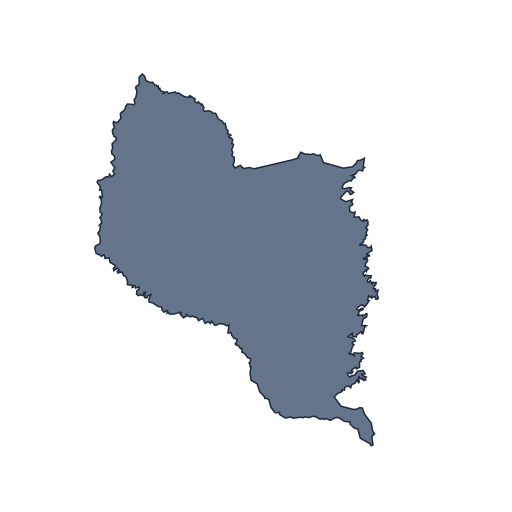 the district of Ponte Alta do Tocantins, Tocantins, Brazil, rotated 25°
{"feature_id": "56859067B20194373931843", "entity_name": "Ponte Alta do Tocantins", "entity_type": "district", "adm_level": 2, "iso_a3": "BRA", "parent_name": "Brazil", "parent_adm1": "Tocantins", "projection": "orthographic", "projection_center": [-47.257, -10.753], "detail": "fine", "context": "isolated", "style": "filled", "palette": "slate", "viewbox_px": 512, "rotation_deg": 25, "n_neighbors": 0, "source": "geoboundaries", "source_scale": "gbopen_adm2", "svg_char_len": 6104}
<svg xmlns="http://www.w3.org/2000/svg" viewBox="0 0 512 512"><g transform="rotate(25 256 256)"><path d="M440.5,379.3L441.9,377.7L437.3,370.8L438.6,366.9L436.1,365.8L431.1,358.8L420.9,353.3L416.7,348.8L413.8,349.8L412.3,352.0L409.2,353.9L396.5,356.2L386.5,350.7L388.0,346.1L391.3,342.4L390.4,340.9L392.9,340.1L391.9,337.3L394.5,334.7L397.5,335.4L397.1,332.1L399.5,329.5L399.9,325.5L402.5,327.5L402.9,326.6L400.2,322.9L400.4,321.8L402.6,323.1L403.9,322.9L404.0,321.7L406.1,323.4L407.9,321.9L406.7,320.6L407.0,319.0L402.9,319.4L401.8,318.7L404.8,316.6L401.3,314.5L396.4,317.8L395.9,322.3L393.0,324.3L392.5,325.9L391.2,325.9L388.3,323.5L389.4,322.3L391.3,322.7L392.4,322.0L392.5,319.7L391.0,320.2L391.1,318.3L393.5,314.5L394.7,315.8L396.9,313.1L394.6,308.1L395.8,307.0L394.9,305.8L396.6,303.1L393.7,302.7L394.2,299.4L392.9,298.6L391.3,300.3L385.9,302.3L387.2,305.1L384.2,304.0L382.6,305.7L381.6,305.1L382.5,303.1L381.7,296.9L382.3,294.9L380.2,294.7L380.1,292.9L381.9,291.3L380.9,290.1L378.2,289.3L373.4,290.3L376.0,285.4L376.8,287.9L381.1,287.1L380.7,284.8L383.7,279.7L384.9,281.7L385.9,281.1L384.5,274.9L385.5,272.5L381.0,274.4L379.8,267.5L382.0,264.8L381.2,261.6L380.2,261.6L378.4,265.2L377.5,264.4L374.7,266.5L373.9,265.5L373.3,266.4L373.0,262.3L375.6,259.5L375.3,258.4L374.2,258.4L371.7,261.9L369.9,261.7L369.7,260.3L371.6,256.5L373.7,255.2L375.7,256.5L376.5,254.5L377.5,248.6L375.9,249.0L374.9,244.5L376.7,245.1L377.5,243.7L378.6,245.2L380.6,242.3L382.9,244.6L384.6,243.6L384.6,242.3L382.1,239.9L381.0,235.3L379.1,237.5L378.1,235.0L376.3,236.2L375.7,235.1L376.6,230.1L375.9,229.2L374.5,230.4L373.2,230.2L373.1,232.3L369.9,229.9L369.1,232.4L367.8,232.3L367.2,230.9L367.6,228.8L369.3,227.3L368.8,225.2L364.8,227.0L363.0,226.8L362.9,228.3L361.2,227.8L360.4,226.3L361.2,222.6L362.6,223.4L362.4,220.8L363.5,220.2L362.7,219.2L359.1,219.0L358.6,216.1L359.3,213.2L357.7,211.4L355.4,213.5L354.5,212.6L358.7,208.0L358.1,207.2L356.0,208.2L355.7,207.0L358.8,201.9L356.2,198.3L355.8,200.2L353.7,201.1L350.6,199.8L349.9,200.6L348.4,200.2L345.9,202.4L345.2,201.5L347.8,197.6L346.6,196.0L347.8,194.1L346.9,191.1L347.9,190.3L346.0,188.6L345.9,184.7L343.3,183.8L344.5,181.0L343.1,177.7L341.3,176.3L340.1,177.7L338.3,177.3L338.7,179.3L335.6,179.1L332.9,177.0L328.6,179.4L327.2,174.3L325.4,175.9L322.1,175.9L319.8,171.7L321.9,168.8L321.2,167.3L319.6,166.9L319.7,164.0L314.5,168.8L309.0,168.6L308.0,167.1L310.7,158.9L313.0,158.6L314.7,160.2L316.2,160.1L317.7,157.0L313.1,156.2L313.7,153.9L311.8,154.4L308.5,157.2L305.6,157.9L304.8,156.3L305.6,151.9L307.0,151.1L307.9,148.8L310.7,147.5L310.8,144.9L312.6,143.3L311.8,142.3L308.6,142.8L311.6,139.6L312.3,135.7L313.5,134.5L316.7,133.8L316.1,132.2L316.9,129.9L315.6,130.2L312.9,121.6L310.3,125.0L307.7,126.6L307.6,129.4L305.7,134.4L298.0,139.5L277.7,142.8L271.4,137.1L269.6,138.9L264.7,139.1L262.6,141.0L257.2,142.9L252.7,143.0L252.2,148.2L253.0,149.2L248.1,153.7L217.5,177.7L212.7,178.7L207.6,182.0L203.5,180.4L199.8,185.1L196.7,183.2L196.6,180.3L194.7,175.8L191.8,175.4L191.1,171.8L189.0,170.1L188.8,165.4L188.2,164.2L186.5,164.3L185.7,160.3L183.3,159.5L182.5,160.2L180.9,159.0L182.3,157.3L181.5,156.7L178.4,157.3L177.9,154.2L175.9,153.8L172.0,148.8L170.6,149.8L168.9,148.3L163.7,147.7L160.0,144.3L158.5,143.8L156.4,145.0L154.8,144.0L151.9,144.3L147.9,146.7L145.9,145.1L146.2,143.5L143.9,141.7L142.6,141.1L142.3,142.1L138.5,140.6L138.1,142.2L136.4,142.1L134.6,141.6L134.5,139.4L129.2,138.7L130.1,140.1L128.1,139.0L127.6,140.9L123.4,141.8L117.0,141.0L114.8,142.2L113.6,141.4L108.1,145.6L105.9,144.7L103.3,147.8L103.4,146.2L100.1,146.7L98.1,144.8L97.6,145.9L95.6,143.3L95.0,144.2L93.6,143.2L92.3,143.9L88.8,142.2L86.5,143.6L82.1,143.5L79.0,140.1L76.1,139.1L74.5,143.3L77.6,149.9L75.7,152.9L75.9,154.6L78.5,156.9L80.0,162.6L79.6,166.2L81.7,168.5L81.7,170.2L75.4,172.5L74.6,175.6L75.3,178.8L72.8,184.1L75.3,188.5L74.2,193.2L73.2,194.1L70.1,194.2L70.4,196.0L73.6,200.0L72.5,202.0L73.8,204.8L76.8,207.7L78.7,207.5L80.2,209.2L78.2,215.3L80.7,219.3L80.5,221.4L82.0,224.2L85.8,225.5L87.0,228.4L84.8,232.3L90.9,235.8L90.3,239.4L93.2,241.7L91.5,245.2L88.7,243.7L89.1,246.6L86.6,247.5L83.6,252.6L80.7,254.4L80.9,256.4L85.8,259.1L86.4,262.4L88.2,261.7L91.8,267.1L91.6,268.1L89.4,267.7L89.2,268.9L91.7,270.0L93.7,273.6L94.2,278.6L96.5,282.5L98.1,282.5L98.9,283.7L98.3,287.5L99.9,288.1L102.1,291.4L100.9,294.5L102.4,294.7L102.8,295.9L103.6,299.6L103.0,302.2L106.6,304.7L109.0,309.1L109.2,310.8L106.5,314.4L106.4,316.9L109.7,320.9L112.5,321.5L113.7,320.6L115.9,321.7L117.8,319.1L120.4,322.1L123.6,319.7L126.5,323.5L132.2,324.0L133.0,324.8L131.9,327.4L133.4,329.4L135.0,326.0L136.2,325.6L138.5,327.1L136.5,327.8L137.7,329.8L141.7,327.1L144.0,329.8L146.8,329.8L148.0,330.9L150.8,334.1L151.4,336.3L159.0,334.2L160.4,336.0L163.0,333.3L163.9,335.3L162.7,338.1L163.8,340.9L164.9,341.4L166.1,341.7L167.7,339.9L170.5,339.8L169.9,336.2L171.0,335.5L172.7,340.8L174.8,340.0L174.8,337.8L177.1,335.3L177.0,340.4L178.8,343.0L182.2,342.1L188.6,343.1L192.0,342.1L193.5,344.6L196.5,345.8L198.2,343.1L199.1,343.4L199.5,345.4L200.1,344.2L202.3,345.2L205.9,343.4L211.6,338.7L212.5,339.5L211.8,340.7L216.4,342.7L218.4,339.9L217.6,338.3L221.3,339.3L223.9,337.5L228.9,336.9L231.3,338.9L233.9,335.0L238.5,338.6L240.4,335.8L243.2,336.5L243.2,333.9L247.8,336.2L249.1,335.7L250.8,333.1L255.9,331.3L259.2,331.6L260.6,329.9L263.2,337.7L265.8,336.0L267.6,338.2L270.7,339.8L274.1,339.5L274.9,343.3L274.2,344.0L275.1,345.1L277.6,344.6L281.2,346.5L282.2,345.6L283.9,349.2L286.8,349.1L291.5,351.7L294.4,351.3L295.5,353.5L294.9,355.9L296.3,356.5L297.3,358.7L298.2,358.4L300.1,364.8L304.2,370.8L311.0,371.3L316.8,377.5L322.4,379.6L324.4,381.4L325.5,380.5L328.5,380.9L333.5,386.9L338.7,389.7L340.0,389.9L343.4,387.8L344.4,389.7L351.4,390.4L355.2,387.3L357.9,387.4L364.9,383.1L366.9,382.8L368.3,381.2L372.7,379.9L374.7,377.5L377.8,376.4L383.1,376.9L384.6,375.4L387.0,375.3L388.5,373.5L392.7,373.7L396.2,369.1L399.0,367.5L406.1,368.5L411.1,366.7L412.6,368.8L418.0,370.5L421.4,369.8L427.5,377.1L438.6,378.0L440.5,379.3ZM157.0,335.4L157.0,336.8L157.9,336.1L157.0,335.4Z" fill="#64748b" stroke="#1e293b" stroke-width="1.5"/></g></svg>